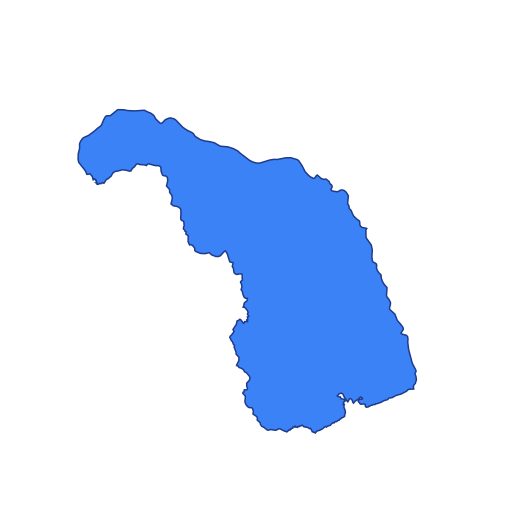 outline of Chiang Khong, Chiang Rai, Thailand, rotated 318°
{"feature_id": "78962969B70832563966269", "entity_name": "Chiang Khong", "entity_type": "district", "adm_level": 2, "iso_a3": "THA", "parent_name": "Thailand", "parent_adm1": "Chiang Rai", "projection": "robinson", "projection_center": [100.287, 20.178], "detail": "fine", "context": "isolated", "style": "filled", "palette": "blue", "viewbox_px": 512, "rotation_deg": 318, "n_neighbors": 0, "source": "geoboundaries", "source_scale": "gbopen_adm2", "svg_char_len": 6093}
<svg xmlns="http://www.w3.org/2000/svg" viewBox="0 0 512 512"><g transform="rotate(318 256 256)"><path d="M355.8,237.0L355.0,236.6L352.0,237.3L351.2,237.2L350.6,236.7L349.4,233.6L349.0,231.4L348.9,226.2L350.7,219.5L351.5,213.6L351.1,211.9L347.6,206.2L343.6,202.8L336.7,198.7L333.6,195.9L330.5,193.9L320.8,189.4L318.3,186.9L316.5,183.9L315.2,180.7L313.1,169.5L312.7,165.6L311.0,161.0L308.0,155.9L303.2,150.8L302.5,149.4L300.9,144.2L297.8,139.6L295.1,136.5L292.6,132.4L290.8,126.4L291.3,123.4L291.0,121.4L288.8,116.0L287.7,111.3L287.4,101.4L286.9,99.3L284.9,96.2L283.1,95.1L279.7,94.0L275.4,94.4L273.9,93.7L273.6,92.9L273.2,87.1L274.1,83.4L274.0,82.3L273.3,79.2L272.1,77.0L270.5,72.9L262.9,67.0L258.0,62.1L255.5,58.8L251.6,55.1L250.9,54.7L242.2,54.3L241.1,53.8L238.8,51.9L237.6,51.6L234.0,52.8L229.2,55.1L227.3,55.5L224.7,55.1L218.9,55.0L212.1,54.3L207.9,52.9L205.8,52.6L202.6,53.3L200.0,54.5L196.9,58.0L192.3,61.1L188.4,65.2L186.9,67.8L186.3,77.5L185.9,79.7L184.9,82.1L185.9,83.0L187.6,83.8L187.6,87.2L186.0,90.4L187.5,90.5L187.6,91.3L187.9,91.7L187.5,92.2L187.8,92.5L187.9,93.0L187.0,94.0L186.9,94.7L186.3,94.5L186.7,95.1L186.3,95.2L186.5,95.6L185.9,96.3L186.7,97.2L188.3,97.4L189.2,98.6L190.9,98.7L191.6,100.2L196.1,99.0L198.1,99.7L199.8,99.5L201.3,99.8L205.4,98.5L207.9,98.9L210.9,100.8L214.2,102.4L216.4,104.7L218.7,108.2L219.8,109.1L222.8,108.2L225.3,108.4L228.3,107.8L229.6,108.1L231.0,110.5L234.0,113.5L235.0,115.4L236.9,115.2L237.9,115.7L241.6,121.4L244.0,123.6L244.8,125.6L244.6,126.4L242.0,129.8L240.7,133.3L240.9,134.2L242.8,136.7L242.7,138.3L240.8,141.0L236.3,144.1L236.3,148.6L234.3,151.1L234.1,154.3L233.2,156.1L231.7,157.7L227.7,160.4L228.1,163.3L230.3,166.1L231.2,168.0L231.5,170.1L231.1,171.4L228.1,174.8L225.4,177.4L224.6,178.6L224.5,179.4L225.2,181.2L225.2,182.3L223.0,185.3L220.8,186.6L220.2,187.5L220.3,189.2L219.8,190.1L220.2,191.4L218.9,192.4L218.5,193.1L219.3,195.4L215.1,200.0L214.0,203.3L215.1,204.0L215.7,204.9L215.9,206.8L215.6,209.2L214.2,211.0L214.4,212.7L216.6,217.1L219.9,220.3L223.3,222.1L223.6,222.7L223.7,225.2L225.7,229.3L227.6,231.2L229.8,232.0L235.1,231.4L236.5,231.5L236.6,231.8L236.2,234.9L232.7,242.6L233.1,243.8L234.3,245.2L234.3,246.0L231.4,247.8L230.9,250.1L228.9,253.0L228.5,254.0L228.6,255.2L229.3,256.8L232.1,258.5L233.4,260.0L232.9,261.1L230.5,263.6L229.9,264.8L227.4,264.7L226.8,265.5L226.4,267.2L225.3,269.0L224.3,270.0L222.4,271.0L222.2,272.9L220.4,276.3L219.6,278.9L219.9,280.3L221.3,281.8L219.1,283.3L217.3,283.0L215.5,283.2L213.6,284.8L212.2,285.4L213.3,286.7L213.1,290.8L212.4,292.7L211.2,293.1L210.6,293.7L210.5,295.8L208.8,295.5L207.9,297.3L206.4,297.2L206.2,297.5L206.2,298.8L205.9,299.1L203.6,297.1L202.7,297.7L201.8,297.8L201.6,296.8L202.0,294.0L201.9,292.6L201.5,292.1L200.0,292.2L198.4,291.6L195.8,293.6L189.7,295.2L189.1,297.5L184.4,298.4L183.2,298.3L182.1,298.9L181.0,302.7L181.2,304.0L180.1,306.4L180.2,308.2L178.8,309.0L176.9,314.0L175.5,315.8L175.6,319.2L175.4,320.1L173.2,322.3L168.4,324.2L168.4,324.9L169.0,325.6L168.8,327.5L170.0,329.7L170.6,332.1L170.0,334.4L170.8,336.2L170.6,341.0L170.2,342.2L169.2,343.2L167.9,343.9L164.0,344.3L161.8,346.7L161.4,348.4L160.1,349.2L159.2,349.1L158.2,347.9L157.5,347.7L156.3,348.9L155.3,348.6L154.6,348.9L154.3,349.5L154.4,352.7L153.4,354.0L150.4,356.7L149.4,358.7L149.0,360.7L149.1,363.1L149.5,364.1L151.3,365.9L151.4,366.8L150.3,369.4L148.0,371.5L148.9,374.8L149.0,376.2L148.7,377.3L147.1,378.7L147.5,382.6L146.6,384.2L146.3,386.4L147.3,388.9L147.7,391.9L148.3,393.5L150.9,394.9L153.3,397.9L154.5,399.0L157.4,399.6L158.2,400.6L160.0,405.2L161.0,406.7L161.2,407.4L162.8,407.5L163.4,407.2L164.7,407.5L164.7,408.1L166.3,407.8L166.5,408.2L167.3,408.1L168.2,408.5L168.9,407.9L169.7,408.1L169.9,408.5L170.4,408.4L170.5,409.3L171.5,409.1L171.5,410.0L172.2,411.2L173.0,410.9L174.4,411.9L175.0,411.6L175.7,412.3L177.0,412.5L177.3,413.7L177.2,414.8L178.2,415.8L178.2,416.3L178.8,416.7L179.8,418.4L180.3,420.2L181.2,420.8L180.2,424.4L181.1,425.1L180.9,425.6L181.7,427.3L183.9,426.8L186.6,428.1L189.6,428.9L193.4,429.1L193.9,430.3L195.3,430.3L198.0,431.6L198.7,431.3L201.9,431.4L202.2,432.3L204.0,432.1L205.2,433.1L206.7,433.0L207.9,433.7L208.9,433.3L210.1,433.8L211.4,433.5L211.9,433.9L213.4,434.4L214.9,434.3L215.2,433.7L217.8,432.1L218.4,431.0L218.9,430.5L220.2,427.1L221.3,426.0L222.0,425.7L221.6,424.7L222.4,424.7L222.7,423.6L223.5,423.2L224.8,423.5L225.3,423.2L225.4,421.3L223.7,418.9L224.4,417.2L223.8,416.8L222.8,414.3L225.9,414.1L227.7,415.1L228.2,416.8L227.1,420.2L226.5,425.6L227.0,425.8L229.7,424.7L230.6,425.0L231.0,425.8L231.0,427.7L230.1,429.3L230.0,430.6L232.4,430.2L237.1,430.9L239.0,430.6L239.7,431.4L239.9,432.5L239.5,433.4L238.8,433.3L237.8,432.2L236.7,431.7L235.3,431.8L234.7,432.5L234.5,435.9L235.2,436.7L237.5,438.4L237.8,438.9L237.7,439.9L236.8,440.5L236.7,442.2L238.8,443.4L239.7,443.3L240.1,443.7L241.3,443.8L242.9,444.8L244.2,445.0L244.9,446.0L246.4,446.0L247.0,446.8L249.0,447.4L250.3,448.2L254.2,449.1L257.8,450.8L259.9,450.6L262.3,452.3L266.9,453.4L271.5,455.7L277.3,457.2L280.1,457.1L284.2,460.4L285.8,458.1L286.4,457.7L289.3,457.2L292.4,455.3L294.3,452.5L295.5,449.6L297.5,449.0L298.3,448.1L300.4,440.2L306.8,427.7L311.1,421.6L313.1,419.7L314.6,417.6L314.8,415.7L312.6,412.3L312.0,410.6L312.7,410.1L316.2,409.2L316.8,408.6L317.5,407.1L317.8,404.3L317.9,398.4L320.3,392.2L319.6,385.0L320.4,384.0L323.4,382.0L324.8,380.6L325.7,377.5L326.0,373.9L326.4,372.8L332.2,367.2L332.3,362.8L332.8,360.0L334.1,356.6L336.3,353.6L336.1,350.8L336.5,347.8L337.6,345.4L339.6,343.5L340.1,342.6L339.9,341.1L339.0,339.0L339.4,337.2L341.7,334.0L346.4,329.4L348.7,325.5L349.1,324.5L349.9,317.0L350.4,315.6L354.7,310.6L355.4,310.0L356.7,309.7L356.5,309.1L354.0,305.9L353.6,303.8L354.1,302.3L356.0,299.9L356.3,299.0L355.6,296.2L355.3,291.7L355.7,289.9L357.2,285.9L357.1,283.1L358.6,280.9L359.2,278.3L364.9,273.1L365.7,268.8L365.4,266.4L364.3,264.6L362.9,263.6L360.3,263.1L359.2,262.5L356.1,258.6L356.0,257.4L356.2,256.8L358.8,255.6L359.5,254.6L359.7,253.4L359.3,251.8L360.2,249.5L359.5,245.6L357.8,244.6L356.3,242.1L355.8,237.0Z" fill="#3b82f6" stroke="#1e3a8a" stroke-width="1.5"/></g></svg>